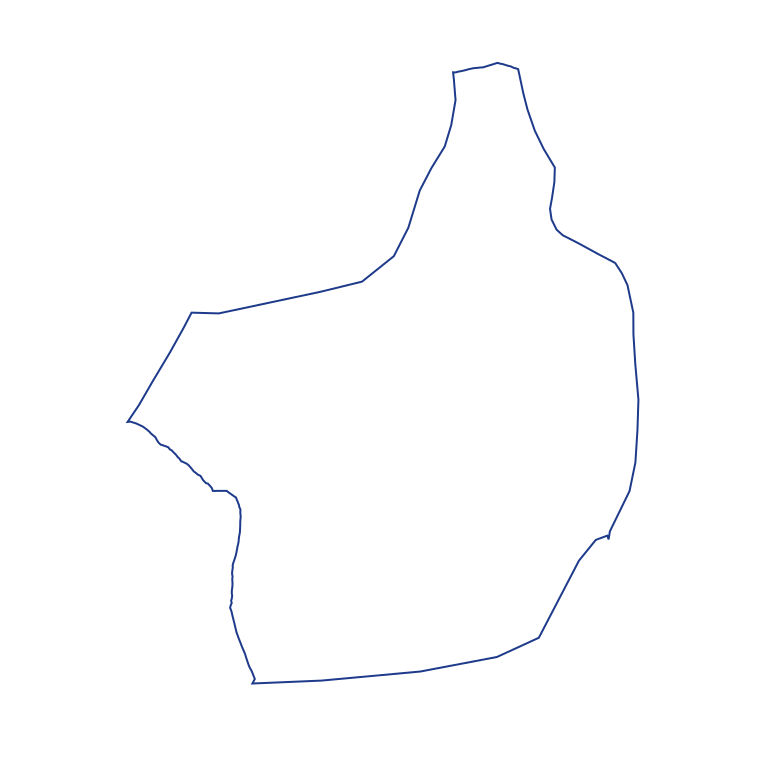 Grande Riviere/Morne Serpent, Gros Islet, Saint Lucia, rotated 258°
{"feature_id": "8701671B88709297193728", "entity_name": "Grande Riviere/Morne Serpent", "entity_type": "district", "adm_level": 2, "iso_a3": "LCA", "parent_name": "Saint Lucia", "parent_adm1": "Gros Islet", "projection": "orthographic", "projection_center": [-60.96, 14.036], "detail": "fine", "context": "isolated", "style": "outline", "palette": "blue", "viewbox_px": 768, "rotation_deg": 258, "n_neighbors": 0, "source": "geoboundaries", "source_scale": "gbopen_adm2", "svg_char_len": 2732}
<svg xmlns="http://www.w3.org/2000/svg" viewBox="0 0 768 768"><g transform="rotate(258 384 384)"><path d="M315.0,194.3L314.2,198.3L312.2,207.9L311.2,208.7L309.9,209.8L308.3,211.3L305.6,213.8L305.0,214.3L303.7,215.7L301.5,215.9L300.3,216.2L298.7,216.5L296.8,216.8L295.4,217.0L293.5,216.9L291.2,217.5L288.5,216.8L286.3,216.5L285.2,216.4L283.1,216.0L280.4,215.1L277.6,214.4L274.9,213.8L274.2,213.6L271.0,212.8L269.3,212.3L268.3,212.0L267.2,211.5L265.5,210.8L264.9,210.5L261.8,209.5L261.1,209.3L259.8,208.9L257.7,208.0L257.1,207.7L255.5,206.9L254.4,206.5L251.8,205.4L249.6,204.5L247.2,203.4L245.2,202.3L243.4,201.2L242.6,200.8L240.4,199.4L237.9,198.2L236.9,198.1L235.8,197.9L232.3,196.6L230.0,195.9L227.3,195.9L224.7,195.0L221.3,194.5L218.9,194.0L218.0,193.7L216.7,193.4L214.2,192.4L213.1,192.1L210.9,191.6L208.6,191.5L206.2,190.7L203.8,189.4L201.4,189.5L200.7,189.0L199.0,187.8L196.9,186.9L196.1,187.1L193.8,187.5L189.7,187.6L188.7,187.6L180.3,187.9L179.3,187.9L171.4,188.1L168.4,188.6L165.3,189.0L162.5,189.5L157.4,190.3L149.6,191.8L148.5,192.0L146.8,192.1L142.0,192.6L137.1,193.2L136.0,193.4L134.0,193.8L132.6,194.3L130.6,194.9L124.7,195.9L122.3,196.3L118.4,193.0L106.9,261.1L95.2,359.8L93.5,437.7L103.6,482.7L170.7,538.0L187.5,558.8L189.1,570.0L189.2,570.9L185.3,571.4L192.9,574.3L228.2,601.9L255.0,613.6L286.1,622.3L315.7,629.6L351.0,633.9L380.7,638.3L401.9,642.7L430.1,642.7L442.8,639.7L454.3,635.3L466.5,620.6L481.5,603.1L492.3,589.8L494.9,587.9L499.1,584.9L510.0,582.1L520.8,582.8L531.0,587.0L546.0,592.6L560.2,596.1L580.6,589.1L600.3,584.2L622.7,581.4L639.6,580.7L655.3,580.7L663.4,580.7L664.1,580.7L664.8,579.5L666.5,576.3L668.3,574.0L669.4,571.7L670.2,570.2L672.3,566.5L673.2,564.2L674.5,561.8L673.1,546.1L673.5,544.7L673.7,542.2L674.3,537.1L674.3,533.6L674.2,530.6L674.0,527.4L674.0,524.1L674.1,521.5L673.9,519.1L674.1,517.9L674.5,516.4L667.7,515.7L646.8,513.0L623.3,503.6L603.7,492.8L585.4,475.3L565.8,459.2L531.8,440.3L507.0,420.2L488.7,383.8L487.4,340.7L487.4,313.8L487.4,289.6L487.4,237.1L493.8,210.6L481.2,200.2L459.5,181.3L434.4,158.0L414.3,139.9L400.2,125.3L399.9,128.2L399.1,129.5L397.0,133.3L394.5,136.6L392.9,138.8L390.9,140.7L390.2,141.3L388.6,142.7L386.1,144.6L385.4,145.0L384.2,145.6L381.7,147.6L380.6,148.4L379.8,149.2L377.8,149.8L376.1,150.3L373.9,151.1L371.9,152.4L371.0,153.1L370.2,154.7L367.1,159.7L364.5,161.0L363.4,162.4L360.2,164.4L358.6,165.5L355.3,167.1L353.8,168.2L353.2,168.5L350.4,169.7L349.9,170.8L349.5,171.3L346.9,174.6L345.3,175.9L342.9,177.3L340.6,178.5L338.6,179.5L338.0,179.8L336.1,181.5L333.9,183.2L332.8,184.8L331.9,185.6L329.1,186.5L327.1,187.3L325.1,188.6L324.1,189.2L323.1,191.1L319.9,193.0L318.4,193.8L316.6,194.2L315.0,194.3Z" fill="none" stroke="#1e3a8a" stroke-width="2"/></g></svg>